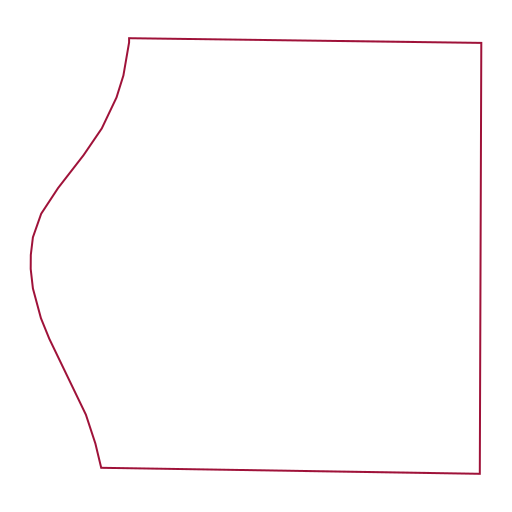 the district of Oceana, Michigan, United States of America
{"feature_id": "52423323B31679500677", "entity_name": "Oceana", "entity_type": "district", "adm_level": 2, "iso_a3": "USA", "parent_name": "United States of America", "parent_adm1": "Michigan", "projection": "mercator", "projection_center": [-86.423, 43.643], "detail": "fine", "context": "isolated", "style": "outline", "palette": "rose", "viewbox_px": 512, "rotation_deg": 0, "n_neighbors": 0, "source": "geoboundaries", "source_scale": "gbopen_adm2", "svg_char_len": 351}
<svg xmlns="http://www.w3.org/2000/svg" viewBox="0 0 512 512"><path d="M479.8,473.8L481.3,42.9L129.1,38.2L129.1,42.4L123.4,75.5L116.5,97.5L101.8,128.4L83.6,155.1L58.1,188.0L41.2,213.7L32.9,237.3L30.8,254.9L30.7,269.0L32.9,288.4L40.9,318.1L49.3,338.8L85.9,414.7L95.4,443.6L101.2,467.8L479.8,473.8Z" fill="none" stroke="#9f1239" stroke-width="2"/></svg>